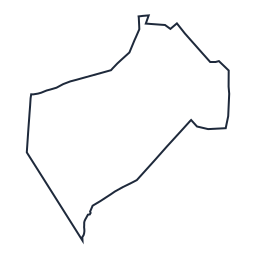 Magdalena Peñasco, Oaxaca, Mexico (Robinson projection)
{"feature_id": "50627088B16316446425098", "entity_name": "Magdalena Peñasco", "entity_type": "district", "adm_level": 2, "iso_a3": "MEX", "parent_name": "Mexico", "parent_adm1": "Oaxaca", "projection": "robinson", "projection_center": [-97.559, 17.235], "detail": "fine", "context": "isolated", "style": "outline", "palette": "slate", "viewbox_px": 256, "rotation_deg": 0, "n_neighbors": 0, "source": "geoboundaries", "source_scale": "gbopen_adm2", "svg_char_len": 1119}
<svg xmlns="http://www.w3.org/2000/svg" viewBox="0 0 256 256"><path d="M31.2,94.3L30.6,98.2L30.1,105.9L29.8,109.8L29.5,113.7L29.3,116.6L28.4,128.7L26.8,152.3L27.3,153.2L44.7,180.7L55.3,197.5L82.5,240.6L82.4,238.8L82.3,237.2L83.0,236.1L83.6,235.1L84.1,233.4L84.4,231.1L84.3,229.1L84.1,227.2L84.2,225.4L84.2,224.1L84.2,222.6L84.5,221.2L85.3,219.4L85.9,218.4L87.9,214.7L89.8,214.4L90.5,213.0L90.6,212.9L90.1,211.5L90.8,210.0L92.5,206.0L92.6,205.7L100.2,201.2L111.1,194.1L114.9,191.5L122.8,187.1L131.6,182.8L136.8,180.1L154.5,160.5L166.9,146.5L183.7,128.1L190.2,120.9L191.1,120.0L197.0,126.5L208.1,129.1L225.7,128.2L228.2,116.2L229.2,93.8L228.6,86.6L228.7,70.5L218.9,61.1L215.6,62.0L210.2,62.0L208.5,60.1L206.2,57.5L202.6,53.5L184.9,33.5L176.9,23.4L170.4,28.9L165.0,25.0L145.8,23.6L148.7,15.4L142.7,15.9L140.5,16.2L138.6,16.4L138.8,17.8L139.2,26.1L139.3,29.3L136.0,36.9L134.5,40.2L130.9,48.9L129.4,52.5L121.3,59.8L117.3,63.5L112.8,68.2L111.0,70.2L102.4,72.6L84.3,77.6L76.4,79.8L70.3,81.4L63.2,84.1L56.5,87.7L50.4,89.5L46.6,90.5L41.2,92.7L38.0,93.6L33.1,94.4L31.2,94.3Z" fill="none" stroke="#1e293b" stroke-width="2"/></svg>